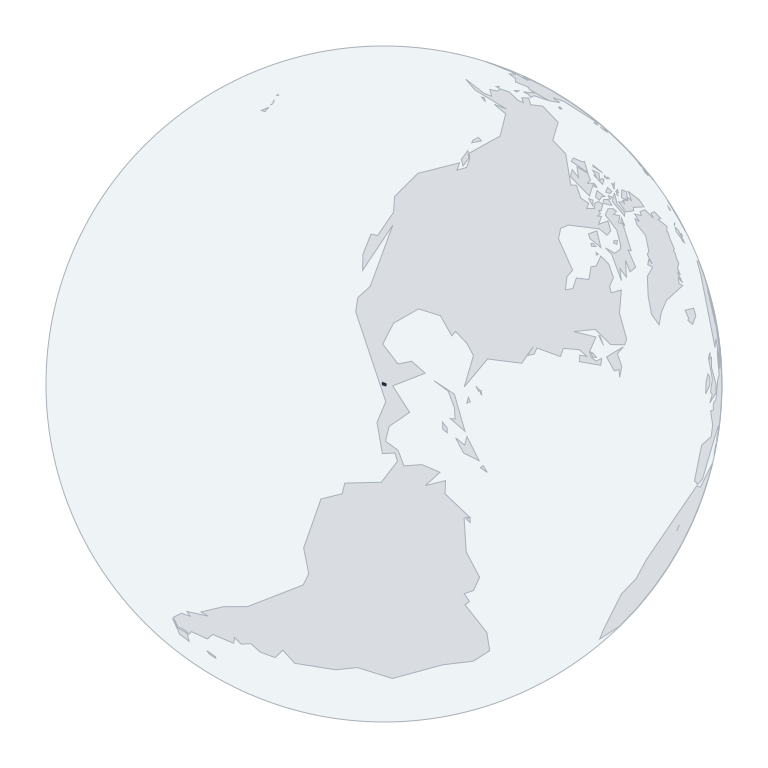 the Earth from above El Progreso, rotated 52°
{"feature_id": "GTM-1956", "entity_name": "El Progreso", "entity_type": "Department", "adm_level": 1, "iso_a3": "GTM", "parent_name": "Guatemala", "parent_adm1": "", "projection": "orthographic", "projection_center": [-90.123, 14.917], "detail": "fine", "context": "on_globe", "style": "filled", "palette": "slate", "viewbox_px": 768, "rotation_deg": 52, "n_neighbors": 0, "source": "natural_earth", "source_scale": "10m", "svg_char_len": 8824}
<svg xmlns="http://www.w3.org/2000/svg" viewBox="0 0 768 768"><g transform="rotate(52 384 384)"><circle cx="384" cy="384" r="338" fill="#eef3f6" stroke="#a8b0b8"/><path d="M453.2,421.0L445.2,417.8L437.8,428.1L409.9,413.1L399.1,393.5L309.8,361.9L299.8,351.4L298.6,334.7L264.2,279.1L281.3,330.9L268.7,320.6L257.9,301.9L263.1,297.6L254.6,270.8L242.8,260.2L238.9,227.6L256.2,188.4L260.5,194.8L264.2,185.6L259.0,177.5L254.6,174.5L260.1,139.8L246.1,121.8L231.6,124.9L242.7,118.2L208.4,131.3L194.3,131.9L216.5,126.2L223.5,122.0L217.0,119.2L222.9,114.4L223.1,110.7L230.7,105.6L243.1,103.8L248.2,100.8L243.3,99.2L247.8,93.9L254.2,96.6L262.7,87.9L285.0,85.7L295.9,101.0L314.5,99.1L342.2,114.3L345.9,110.0L358.7,114.4L367.8,111.5L370.4,116.2L375.3,110.0L371.3,106.4L372.1,102.8L377.1,101.0L381.2,106.3L379.3,107.9L383.1,108.6L383.1,112.2L385.9,109.4L390.3,116.7L393.3,107.2L403.0,111.1L404.0,116.6L394.2,118.9L372.2,140.9L370.1,149.0L377.0,157.1L410.4,165.3L412.1,173.8L421.5,183.1L425.0,176.5L418.9,167.1L427.8,158.2L419.2,148.8L421.6,144.2L416.7,134.4L427.8,133.1L441.4,137.7L446.0,146.2L452.0,148.8L456.1,139.1L472.9,154.7L498.1,165.2L501.3,170.2L492.4,181.1L471.0,184.0L459.4,202.2L477.5,188.1L485.2,202.4L490.9,204.3L496.6,202.7L497.8,196.7L502.7,201.7L486.6,216.3L481.9,212.0L487.1,207.1L477.1,209.0L466.3,220.8L471.0,228.1L449.7,241.3L452.8,247.0L449.9,253.7L446.4,243.4L452.4,262.7L428.0,287.0L435.7,322.5L416.7,296.0L402.9,293.6L386.7,295.2L387.7,300.9L364.9,297.5L346.1,310.5L341.9,339.0L351.8,360.5L376.8,360.6L383.1,348.2L400.8,344.9L390.8,378.3L422.1,381.3L420.5,406.0L430.0,418.0L445.0,413.8L460.8,418.7L471.0,403.6L488.0,394.3L489.5,414.0L498.0,395.0L508.1,403.5L541.1,398.6L538.9,403.4L566.9,422.6L595.2,427.7L601.8,440.6L598.6,449.9L607.9,450.5L608.0,456.1L643.1,456.0L659.2,464.9L657.4,484.3L641.4,510.6L621.2,558.7L591.0,579.6L579.4,598.1L549.1,626.3L531.4,627.6L532.5,638.2L519.4,646.5L506.7,648.7L501.2,656.6L491.7,657.9L495.7,662.1L475.8,673.2L476.2,680.1L460.6,688.2L461.2,691.8L456.9,692.1L451.3,694.0L449.3,696.1L438.1,693.6L439.9,684.8L447.6,679.7L442.0,679.3L458.7,665.4L451.0,668.6L460.6,647.7L475.4,628.6L492.6,571.3L487.2,560.1L463.7,548.2L435.8,504.4L444.7,484.6L438.0,475.9L459.8,446.6L453.2,421.0ZM93.0,312.2L95.0,304.4L96.1,310.0L93.0,312.2ZM94.7,299.3L94.3,302.0L94.4,299.7L94.7,299.3ZM93.8,297.3L94.5,298.8L93.4,297.9L93.8,297.3ZM92.1,295.7L93.1,296.2L92.9,296.5L92.1,295.7ZM435.3,334.8L471.1,349.3L452.1,353.0L455.4,349.5L446.1,343.1L429.2,337.8L412.1,342.6L435.3,334.8ZM90.6,290.8L90.3,289.3L91.5,289.1L90.6,290.8ZM448.4,313.9L442.3,313.0L448.1,312.4L448.4,313.9ZM251.7,174.3L258.2,178.0L260.8,187.5L254.7,184.8L251.7,174.3ZM247.8,157.8L252.4,157.5L247.9,166.3L246.6,163.7L247.8,157.8ZM219.9,128.8L224.1,130.2L218.0,130.6L219.9,128.8ZM221.8,111.1L218.8,112.5L220.2,110.1L221.8,111.1ZM410.9,135.9L413.7,135.2L413.2,137.3L410.9,135.9ZM406.1,132.5L403.4,135.6L400.7,134.5L402.4,132.6L406.1,132.5ZM233.1,100.4L236.3,96.7L235.2,100.0L233.1,100.4ZM410.0,129.1L396.3,132.2L391.6,130.4L394.3,122.0L410.0,129.1ZM239.6,94.3L247.2,86.3L241.1,88.2L262.7,79.3L249.1,88.4L248.6,92.0L244.8,91.8L239.6,94.3ZM367.8,106.1L372.4,109.8L364.0,108.5L367.8,106.1ZM362.3,106.3L335.3,109.4L331.0,103.7L340.9,103.5L331.7,98.2L342.9,93.8L350.5,95.8L351.0,100.1L354.9,95.3L362.3,106.3ZM273.4,76.2L277.1,74.4L275.6,76.0L273.4,76.2ZM371.8,101.2L366.7,102.1L362.7,97.1L372.1,94.6L370.4,97.0L371.8,101.2ZM323.8,99.3L322.5,95.6L331.2,90.9L331.8,89.0L342.8,93.3L323.8,99.3ZM373.8,97.2L376.9,93.6L383.4,94.5L376.5,100.2L373.8,97.2ZM357.6,97.0L356.2,94.7L360.1,95.1L357.6,97.0ZM407.9,97.0L401.9,97.4L399.3,94.7L407.9,97.0ZM377.7,92.3L375.5,92.0L373.8,91.2L377.1,89.2L377.7,92.3ZM348.1,90.0L352.0,89.1L344.1,87.9L350.3,84.9L356.5,88.5L356.4,85.7L358.3,84.8L361.2,88.9L348.1,90.0ZM375.3,84.8L385.4,89.3L397.0,88.8L399.7,91.0L380.5,91.6L375.3,84.8ZM366.8,86.8L372.7,86.0L373.0,88.8L369.2,91.1L366.8,86.8ZM352.2,81.7L341.1,85.4L340.2,84.6L352.2,81.7ZM378.7,84.0L376.2,83.0L379.5,83.6L378.7,84.0ZM360.3,81.6L356.5,82.9L355.5,81.9L360.3,81.6ZM374.4,80.2L377.6,81.5L375.1,82.9L374.4,80.2ZM367.9,80.4L367.4,78.7L372.3,82.7L366.3,81.1L367.9,80.4ZM359.9,80.5L358.1,80.3L361.7,80.1L359.9,80.5ZM382.0,74.5L388.7,79.2L383.2,82.1L377.4,77.0L382.0,74.5ZM455.4,699.0L438.4,694.9L448.6,696.7L459.1,692.6L466.8,696.0L455.4,699.0ZM485.0,687.8L495.1,684.7L496.5,685.4L489.8,687.8L485.0,687.8ZM616.2,138.5L613.6,136.2L620.8,143.0L623.2,145.3L630.2,152.6L622.6,145.9L630.4,157.4L654.9,191.4L656.4,198.8L651.2,198.7L627.8,171.4L626.9,158.5L618.6,150.2L606.4,143.2L607.2,140.4L602.1,136.5L600.6,132.0L586.2,118.5L582.8,114.0L565.4,102.7L561.3,99.3L572.8,106.6L578.9,110.0L569.0,101.3L563.6,97.8L553.1,91.5L551.7,90.6L574.4,104.8L596.0,120.8L616.2,138.5ZM551.7,90.6L542.8,85.8L535.3,81.9L551.7,90.6ZM532.7,80.5L537.8,83.6L525.7,78.1L512.3,72.0L509.5,71.3L531.2,81.4L538.8,85.1L543.4,86.9L565.1,99.6L571.1,104.2L552.8,94.7L559.2,100.8L542.2,92.1L494.0,67.6L480.0,61.6L481.4,60.4L492.8,64.1L496.0,65.3L499.4,66.4L532.7,80.5ZM389.7,46.1L366.0,47.0L350.1,48.0L353.2,47.5L389.7,46.1ZM352.7,47.5L326.3,51.2L310.4,54.2L313.0,53.7L301.8,56.6L306.6,55.6L307.0,55.7L280.5,65.3L271.7,68.4L263.2,74.1L264.5,74.2L270.5,72.1L262.7,79.3L241.1,88.2L239.2,87.4L227.0,94.4L224.5,92.2L216.8,94.3L221.2,89.3L214.7,92.3L210.6,94.9L198.7,101.7L193.2,105.1L214.6,91.6L214.8,91.5L233.8,83.6L227.6,85.2L234.4,81.8L235.4,80.9L230.6,82.9L226.7,84.9L229.2,83.6L252.7,72.6L276.9,63.5L301.7,56.3L327.0,50.9L352.7,47.5ZM719.9,347.1L717.8,371.0L712.7,362.3L695.7,326.3L692.7,305.3L684.1,285.7L656.8,200.3L660.1,198.5L648.8,174.3L649.1,174.4L655.9,183.4L670.2,204.4L682.9,226.4L693.9,249.3L703.1,272.9L710.6,297.2L716.2,322.0L719.9,347.1ZM676.7,237.8L680.0,243.8L676.7,237.8ZM542.1,398.2L546.2,401.4L541.1,402.3L542.1,398.2ZM450.1,361.4L457.4,361.3L461.4,364.1L456.0,365.5L450.1,361.4ZM509.3,356.2L517.3,357.0L509.3,359.6L509.3,356.2ZM476.5,351.0L503.0,356.3L487.4,363.8L470.6,360.7L481.8,358.0L476.5,351.0ZM446.4,325.7L451.1,326.8L450.1,330.5L446.4,325.7ZM452.6,313.6L450.9,314.0L448.3,311.2L452.6,313.6ZM486.1,201.5L487.5,200.5L493.7,200.2L491.5,203.0L486.1,201.5ZM516.6,185.8L523.8,194.2L517.2,189.7L515.6,194.5L499.7,191.9L502.1,172.6L503.8,181.5L516.6,185.8ZM479.1,184.3L488.9,187.3L478.1,184.9L479.1,184.3ZM575.6,122.5L579.1,122.9L585.6,128.1L589.8,136.5L580.4,128.7L575.6,122.5ZM582.5,122.4L563.1,112.2L559.7,107.5L564.9,111.7L564.6,109.5L572.8,115.9L588.5,122.5L595.3,127.7L599.4,138.8L594.4,131.8L591.2,131.5L582.5,122.4ZM519.7,103.4L511.3,101.3L514.8,93.3L522.2,96.3L527.0,104.1L520.9,105.3L519.7,103.4ZM417.3,114.7L413.9,116.2L412.7,114.5L414.7,111.8L417.3,114.7ZM405.3,97.4L431.2,107.2L428.6,109.1L446.9,113.8L447.1,121.1L435.2,117.5L449.0,127.2L438.4,127.0L448.6,133.3L422.1,124.7L413.1,125.7L423.1,121.7L423.2,114.8L420.5,112.2L406.2,105.8L386.9,105.5L383.9,99.6L386.9,95.5L391.1,94.6L391.7,98.6L396.8,94.6L401.0,99.8L405.3,97.4ZM424.0,64.0L423.0,66.7L434.0,64.0L438.2,67.3L439.2,66.8L446.1,69.4L456.2,72.0L456.7,73.7L460.4,74.1L465.1,76.2L470.4,77.4L473.1,81.2L479.7,83.2L477.2,83.9L488.0,86.5L481.2,86.4L486.5,89.7L490.3,88.1L492.0,110.0L498.0,121.0L506.7,130.7L493.8,130.3L477.4,121.7L461.3,110.2L457.4,100.4L452.3,102.6L448.9,98.8L454.3,98.6L443.9,96.7L442.6,93.7L428.2,86.4L414.0,86.6L408.4,84.3L413.3,82.8L404.3,81.8L409.7,77.6L405.8,76.1L407.3,71.1L419.0,69.7L413.8,68.3L414.7,65.0L424.0,64.0ZM382.8,73.0L395.8,69.5L404.5,70.0L398.3,78.8L401.1,80.7L397.4,87.4L384.9,86.9L387.1,84.9L386.3,82.9L390.5,83.9L386.6,81.7L389.5,79.1L387.2,76.9L392.1,76.2L382.8,73.0ZM636.6,160.5L634.9,158.3L642.1,166.3L643.1,167.7L636.6,160.5ZM627.7,150.8L634.2,157.5L631.3,154.7L627.7,150.8ZM570.5,104.6L568.0,102.4L570.1,103.6L574.4,106.6L570.5,104.6ZM457.6,60.2L455.7,60.8L453.4,60.2L443.7,59.9L439.8,58.0L444.2,57.4L457.6,60.2ZM451.8,58.0L448.2,58.0L448.5,57.1L451.8,58.0ZM436.5,56.6L435.7,55.4L438.2,57.7L436.5,56.6ZM447.3,52.1L448.8,52.4L433.0,50.0L413.7,47.6L431.6,49.6L441.9,51.1L442.1,51.1L447.3,52.1ZM372.3,46.7L370.8,47.4L366.3,47.4L366.0,47.2L372.3,46.7ZM375.0,46.9L382.7,47.5L378.6,48.1L373.3,47.5L375.0,46.9ZM417.9,50.7L423.4,51.3L423.1,51.8L417.9,50.7ZM274.6,74.5L276.9,74.4L273.0,75.6L274.6,74.5ZM309.9,55.1L309.8,55.5L305.3,56.5L309.9,55.1ZM307.0,57.5L312.1,56.0L308.0,57.6L307.0,57.5ZM323.4,53.0L314.8,55.4L321.0,53.1L323.4,53.0Z" fill="#d9dde1" stroke="#a8b0b8" stroke-width="1"/><path d="M382.4,384.4L382.3,384.2L382.5,384.2L383.0,384.2L383.1,383.8L384.0,383.1L384.5,382.8L384.7,382.7L384.9,382.6L385.1,382.6L385.4,382.6L385.6,382.9L385.9,383.3L385.6,383.3L385.8,383.8L386.0,383.9L386.0,384.0L385.8,384.1L385.6,384.2L385.4,384.3L385.1,384.6L384.8,384.7L384.6,384.8L384.3,385.1L384.2,385.1L383.9,385.2L383.7,385.2L383.7,385.3L383.4,385.3L382.9,385.1L382.7,384.9L382.8,384.8L382.8,384.7L382.7,384.4L382.4,384.4Z" fill="#64748b" stroke="#1e293b" stroke-width="1.5"/></g></svg>